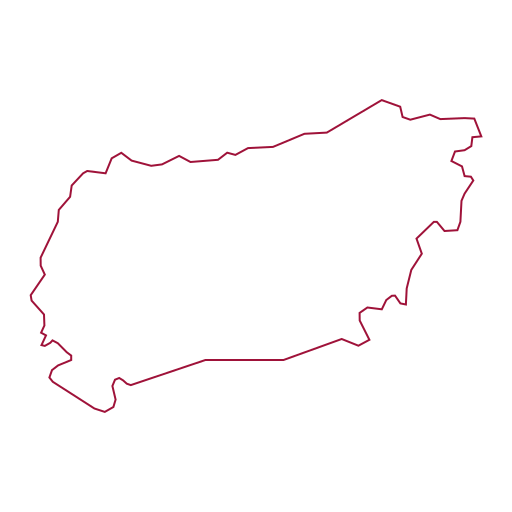 an SVG outline of West Sussex
{"feature_id": "GBR-2748", "entity_name": "West Sussex", "entity_type": "Administrative County", "adm_level": 1, "iso_a3": "GBR", "parent_name": "United Kingdom", "parent_adm1": "", "projection": "mercator", "projection_center": [-0.467, 50.946], "detail": "fine", "context": "isolated", "style": "outline", "palette": "rose", "viewbox_px": 512, "rotation_deg": 0, "n_neighbors": 0, "source": "natural_earth", "source_scale": "10m", "svg_char_len": 1275}
<svg xmlns="http://www.w3.org/2000/svg" viewBox="0 0 512 512"><path d="M369.4,339.8L358.4,345.7L341.7,339.0L283.5,360.0L205.4,360.0L130.8,385.1L126.8,383.7L123.0,380.3L119.2,378.0L115.0,379.7L112.4,386.0L115.6,399.6L113.4,407.0L104.8,411.9L94.4,408.5L52.8,381.8L49.4,377.5L52.0,370.1L58.1,365.4L71.2,360.0L71.2,355.6L66.7,352.2L57.8,343.2L52.5,340.4L50.3,342.8L44.8,345.9L41.5,345.1L46.0,335.4L41.1,332.7L44.4,325.5L44.0,314.5L31.6,300.6L30.7,295.2L44.8,274.6L40.7,265.7L40.6,257.7L57.8,221.8L58.8,209.9L70.1,196.8L71.7,185.5L83.1,173.3L87.2,171.0L105.6,173.3L111.7,158.3L121.3,152.8L131.6,160.6L151.2,165.8L162.0,164.4L179.1,155.9L190.5,162.0L218.0,159.8L227.2,152.7L235.4,154.9L248.0,148.1L273.0,146.9L304.4,133.8L326.8,132.6L381.7,100.1L400.2,106.7L402.6,117.0L410.3,119.7L429.9,114.6L440.3,119.1L464.6,118.1L474.3,118.6L481.3,136.4L472.4,137.2L471.3,146.1L464.6,150.2L455.0,151.5L451.4,161.0L462.0,166.4L464.6,176.1L470.9,176.7L473.3,180.5L464.6,193.6L461.5,200.8L460.4,221.8L457.4,230.2L444.5,231.0L436.9,221.9L433.8,221.9L416.5,238.6L421.8,253.7L411.3,269.9L406.7,288.4L406.3,296.4L406.0,302.0L405.9,304.5L400.4,303.4L395.0,295.6L391.8,295.8L386.3,300.0L381.8,309.3L367.4,307.5L359.6,312.9L359.7,320.5L369.4,339.8Z" fill="none" stroke="#9f1239" stroke-width="2"/></svg>